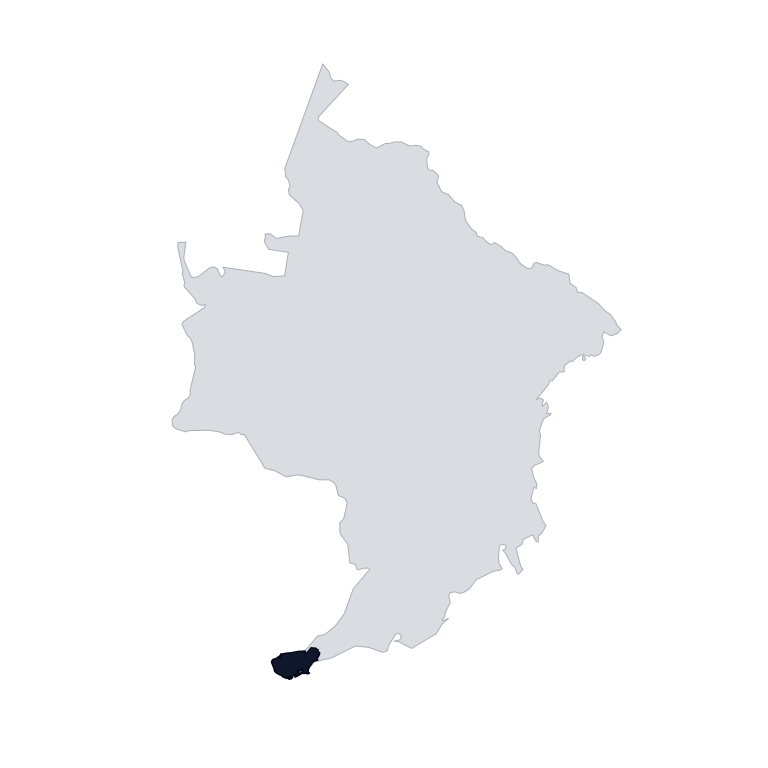 Uribia, La Guajira, Colombia (highlighted), rotated 189°
{"feature_id": "7082276B96062501211498", "entity_name": "Uribia", "entity_type": "district", "adm_level": 2, "iso_a3": "COL", "parent_name": "Colombia", "parent_adm1": "La Guajira", "projection": "orthographic", "projection_center": [-71.822, 11.991], "detail": "fine", "context": "in_parent", "style": "filled", "palette": "ink", "viewbox_px": 768, "rotation_deg": 189, "n_neighbors": 0, "source": "geoboundaries", "source_scale": "gbopen_adm2", "svg_char_len": 8640}
<svg xmlns="http://www.w3.org/2000/svg" viewBox="0 0 768 768"><g transform="rotate(189 384 384)"><path d="M444.0,99.8L436.1,103.1L420.8,107.1L410.2,124.6L402.9,127.6L394.0,137.9L387.4,150.7L382.3,176.8L369.0,198.9L370.1,199.8L375.4,198.9L380.3,196.5L382.1,197.2L383.9,201.1L389.9,202.1L394.7,220.0L403.8,229.2L404.8,232.7L406.0,240.1L402.7,244.6L401.7,261.0L404.6,265.0L411.5,266.7L416.0,276.9L418.9,279.2L423.1,280.8L433.1,279.2L451.3,280.9L455.6,280.6L465.8,277.0L478.7,281.3L488.2,282.0L514.3,312.5L516.9,311.6L520.2,313.4L526.7,310.2L532.4,309.6L539.8,311.0L549.6,310.9L569.2,307.5L572.1,305.7L582.9,307.3L586.1,309.5L587.7,315.2L586.5,318.8L582.8,322.4L580.7,327.1L580.4,332.6L578.4,336.8L575.0,339.5L573.7,343.4L574.5,348.5L572.7,371.6L574.2,373.5L575.4,382.9L580.0,395.2L582.2,398.6L586.1,401.4L593.1,411.5L591.5,414.9L573.7,431.0L572.9,434.6L576.3,433.1L581.8,434.5L583.7,438.3L596.9,449.1L596.8,453.3L600.6,461.5L599.9,463.3L609.1,486.7L609.5,491.6L601.8,493.1L601.5,477.4L600.4,474.2L591.7,460.3L589.9,459.2L584.2,460.9L574.6,471.4L570.1,473.0L566.5,471.6L562.9,465.5L560.5,464.4L558.2,469.6L561.2,474.2L518.7,474.6L510.4,472.8L499.1,475.2L499.0,499.0L519.1,499.1L524.6,505.9L524.1,511.4L525.0,513.4L520.1,514.6L513.1,510.9L500.7,515.4L491.5,516.6L490.9,542.7L496.4,549.2L507.1,556.0L508.7,560.8L507.9,565.2L510.5,570.8L514.0,573.8L514.0,577.1L515.8,580.8L494.6,690.4L487.1,683.8L484.4,677.9L480.7,675.4L473.7,677.3L466.1,674.3L490.7,637.2L489.9,633.9L469.4,624.9L467.2,622.6L457.4,617.8L452.1,619.2L449.0,621.6L441.5,622.4L435.5,618.4L428.3,615.9L419.7,622.1L417.1,622.1L411.0,624.8L404.4,625.8L395.9,623.0L389.0,624.9L384.1,624.5L382.3,622.5L376.2,620.3L375.5,617.7L377.2,613.2L374.6,604.1L373.6,602.6L368.9,602.4L363.5,599.1L362.4,597.1L363.5,593.4L362.5,590.3L357.2,583.0L349.8,581.0L342.7,574.9L335.6,572.7L332.3,568.3L329.2,558.5L321.8,550.8L316.6,548.1L314.9,544.5L309.6,544.0L302.4,539.0L299.2,538.6L297.0,540.9L290.3,538.4L284.6,534.6L278.7,533.6L274.9,531.2L267.9,524.1L260.4,520.5L256.0,521.7L254.6,526.9L252.1,527.8L243.4,526.3L242.0,527.4L239.7,527.1L229.1,523.0L218.7,521.4L216.0,512.5L209.3,509.2L207.3,505.0L202.7,505.3L184.8,496.9L177.5,491.1L171.2,487.9L164.6,481.4L163.6,478.9L158.5,475.1L161.1,470.5L167.2,467.1L175.1,470.0L176.1,464.6L173.3,459.6L174.7,448.7L176.8,446.3L181.1,444.2L183.9,445.1L185.6,443.3L192.1,444.2L194.1,443.5L199.1,439.2L201.2,435.7L203.5,436.1L208.8,430.3L208.0,424.3L212.9,423.1L218.2,413.5L220.5,413.2L221.7,408.6L231.0,392.7L227.6,394.5L224.1,393.3L224.6,387.8L223.6,387.2L220.6,391.3L218.0,387.0L218.8,380.1L214.6,381.3L214.8,379.7L220.9,374.6L223.4,362.7L221.5,358.4L220.4,340.4L219.4,337.0L214.5,332.4L222.3,327.4L225.1,323.6L221.7,315.6L217.2,308.8L217.1,304.8L219.8,305.2L221.0,294.1L218.5,289.8L215.3,289.6L205.3,273.0L201.8,269.5L204.6,261.6L207.7,258.2L207.1,252.2L209.2,252.5L213.5,258.1L215.3,257.3L222.2,252.2L222.5,247.4L228.0,242.5L220.5,225.4L217.9,222.7L221.1,217.4L222.9,217.7L225.9,223.1L230.6,226.6L237.6,236.2L240.7,238.3L238.5,240.4L238.0,242.6L239.0,243.9L243.0,244.3L244.7,241.7L243.7,230.2L242.1,224.4L238.4,220.3L239.6,218.6L246.9,216.0L262.2,205.3L267.5,195.1L271.5,191.5L276.0,189.1L281.5,189.8L285.7,188.5L287.1,185.3L284.4,178.1L287.7,168.4L287.6,163.4L289.7,160.5L289.0,159.3L283.5,162.7L289.2,155.9L293.3,145.5L315.4,127.2L329.6,131.8L334.1,131.6L328.2,133.8L327.3,136.5L329.3,139.3L331.5,140.2L333.4,138.4L338.2,127.6L339.0,121.6L341.1,119.6L344.1,118.9L358.1,121.5L371.3,120.7L392.9,105.3L409.2,98.8L413.2,92.4L414.3,87.6L417.2,85.8L420.3,85.8L422.2,83.2L429.6,79.0L437.6,78.6L446.1,82.2L450.0,88.5L450.6,92.9L444.0,99.8ZM192.4,442.3L191.3,443.1L189.4,441.6L188.8,439.7L190.0,438.4L191.5,438.9L192.4,442.3Z" fill="#d9dde1" stroke="#a8b0b8" stroke-width="1"/><path d="M420.0,108.4L420.3,107.8L421.7,107.6L425.0,106.8L426.4,106.6L433.4,104.1L438.1,102.9L441.9,101.6L441.5,101.5L441.5,101.0L441.8,100.9L442.2,100.9L442.2,101.0L442.5,101.1L442.3,101.0L442.5,100.8L442.4,100.6L442.5,100.6L442.6,100.8L442.8,100.7L443.1,100.7L443.3,100.5L443.2,100.5L443.2,100.3L443.5,100.2L443.5,100.4L443.6,100.5L443.6,100.4L443.8,100.9L443.9,99.9L444.1,99.7L444.3,99.1L444.7,98.8L444.8,98.2L445.1,97.8L444.9,97.7L444.7,97.8L444.2,98.3L443.8,98.3L443.5,98.1L443.6,97.9L443.8,97.9L443.7,97.6L444.3,97.8L444.3,97.7L444.5,97.7L444.3,97.6L444.2,97.4L444.3,97.3L444.6,97.5L444.9,97.7L445.1,97.8L445.1,98.0L445.4,98.1L445.9,97.8L445.9,97.6L446.4,97.0L447.0,96.4L447.3,96.4L447.7,96.0L447.8,96.0L448.7,95.3L449.1,95.4L449.3,95.0L449.5,95.1L449.7,94.9L449.9,94.9L450.1,94.7L450.4,94.7L450.7,94.5L451.2,93.7L451.3,93.4L451.5,92.8L451.4,92.1L451.4,91.5L451.4,91.2L450.0,89.1L449.3,87.8L448.7,86.8L448.3,86.1L447.6,85.0L447.4,84.5L447.4,83.9L447.5,83.8L447.3,83.5L447.1,83.4L446.7,82.9L446.2,82.8L446.2,82.5L445.8,82.2L444.6,81.5L444.2,81.4L444.2,81.6L443.9,81.7L442.8,81.0L442.6,81.0L441.6,80.6L441.1,80.5L441.0,80.4L440.5,80.5L440.0,80.3L439.8,80.5L439.7,80.5L439.2,80.0L438.9,79.5L438.6,79.5L438.2,79.1L437.0,78.7L436.5,78.4L436.3,78.5L435.9,78.3L435.5,78.3L435.5,78.5L435.4,78.5L434.7,78.1L434.6,78.4L433.7,78.3L433.4,78.4L433.1,78.3L432.9,78.3L432.0,77.7L431.2,77.6L430.7,77.8L430.4,78.1L429.4,78.4L429.0,78.8L428.8,79.3L428.9,79.5L429.0,79.5L429.7,79.1L429.9,79.0L430.1,78.5L430.4,78.4L430.7,78.2L430.7,78.4L430.2,78.9L430.1,79.0L430.8,79.0L431.2,78.6L431.1,78.8L431.3,78.8L431.6,78.5L431.9,78.5L432.1,78.7L431.7,78.8L432.0,78.9L431.6,79.0L431.4,79.1L431.3,79.4L431.0,79.5L431.4,79.6L431.7,79.6L431.7,79.4L432.4,79.3L432.5,79.2L432.7,79.3L432.8,79.5L432.3,79.7L432.2,79.6L431.9,79.7L431.7,79.9L431.4,79.9L431.1,80.2L430.3,80.1L430.5,80.2L430.1,80.5L430.5,80.6L430.7,80.8L430.4,81.1L430.2,81.2L430.4,81.0L430.0,80.7L429.9,80.7L429.8,80.8L429.9,80.7L429.8,80.9L429.6,80.8L429.5,80.6L429.3,80.9L429.2,80.3L429.7,80.0L429.6,79.9L429.6,79.7L429.5,79.4L429.6,79.5L429.5,79.3L429.1,79.4L429.1,79.8L428.9,80.0L428.2,80.4L427.9,80.5L428.1,80.5L428.5,80.6L428.8,80.8L428.8,81.3L428.6,81.8L427.9,82.4L427.5,82.4L427.0,82.4L426.7,82.4L426.5,82.8L426.6,83.0L426.4,83.3L425.9,83.2L425.5,82.9L425.2,82.5L425.1,82.0L425.1,81.8L425.3,81.8L425.6,81.5L426.0,81.3L426.3,81.0L426.2,80.9L425.7,80.8L425.6,81.2L425.2,81.4L425.0,81.6L424.7,81.6L424.4,81.4L423.4,82.5L422.9,82.8L421.9,83.6L421.4,84.2L420.9,84.5L421.0,84.6L421.0,84.8L421.3,85.0L421.2,84.6L421.4,84.4L421.7,84.5L422.2,84.4L422.4,84.6L422.5,84.5L422.4,84.4L422.6,84.4L422.9,84.3L423.2,84.4L423.4,84.7L423.2,84.9L423.3,85.1L423.2,85.3L423.4,85.5L423.6,85.2L424.0,85.5L423.7,85.6L423.8,85.8L423.6,85.9L423.8,86.2L424.0,86.2L423.9,86.3L424.3,86.6L424.2,86.6L424.3,86.9L424.3,87.0L424.2,87.1L424.1,86.9L424.1,87.0L424.3,87.4L424.0,87.6L423.9,87.6L423.6,87.4L423.5,87.5L423.3,87.5L423.4,87.4L423.2,87.3L423.3,87.5L423.1,87.4L422.9,87.4L422.9,87.6L422.5,87.7L422.4,87.9L422.0,87.8L422.0,88.1L422.2,88.5L421.8,88.8L421.8,89.0L421.6,89.0L421.6,88.8L421.3,88.7L421.4,88.9L421.5,88.9L421.5,89.0L421.3,89.0L421.4,88.9L421.2,89.0L421.1,88.9L420.6,89.1L420.5,88.9L420.6,88.7L420.7,88.4L420.6,88.5L420.7,88.2L420.6,88.3L420.5,88.5L420.4,88.5L420.5,88.5L420.3,88.6L420.4,88.8L420.5,88.7L420.4,88.9L420.5,89.2L420.2,88.8L420.1,89.1L419.7,89.2L420.0,88.3L419.9,88.1L419.9,87.9L419.7,87.9L419.7,88.0L419.7,87.8L419.2,87.7L419.4,87.6L419.5,87.3L419.4,87.2L419.6,87.4L419.7,86.8L420.0,86.6L420.3,86.5L420.4,86.2L420.5,86.2L420.6,85.8L420.7,85.7L420.8,85.4L420.7,85.2L420.7,85.3L420.7,85.1L420.3,85.1L418.9,85.6L418.1,85.6L417.3,85.8L416.4,86.0L416.2,86.1L415.6,86.0L414.6,85.8L414.0,85.8L414.0,86.0L413.6,86.0L413.2,86.3L412.7,86.6L412.8,86.7L412.7,87.0L412.9,87.0L413.6,87.0L413.8,87.2L414.0,88.2L414.0,88.7L414.1,88.8L414.0,89.1L414.1,89.5L414.1,90.2L414.2,90.6L414.1,91.0L413.7,92.0L413.5,92.9L412.7,94.1L412.5,94.8L412.0,95.5L411.4,97.2L411.1,97.9L410.3,98.7L410.7,98.7L411.0,98.4L411.0,98.7L410.6,98.9L410.3,99.2L410.1,99.1L410.3,98.7L410.2,98.7L409.2,99.4L408.5,99.9L407.7,100.2L407.4,100.5L406.9,100.6L406.7,100.9L406.3,101.0L406.5,101.6L406.8,102.2L407.0,102.5L407.2,103.1L407.0,103.4L406.6,103.6L406.6,103.8L406.7,104.0L406.6,104.3L406.4,104.6L406.4,104.8L406.3,105.0L406.1,104.9L406.0,105.2L405.8,105.4L405.7,105.9L405.8,106.4L406.0,106.5L406.0,106.9L405.6,106.9L405.5,107.1L405.6,107.3L405.4,107.5L405.5,108.2L405.7,108.7L406.0,108.9L406.4,108.9L406.8,109.1L407.3,109.5L407.4,109.8L407.6,110.0L407.6,111.2L407.9,111.2L408.5,111.3L409.5,112.2L410.7,112.3L410.8,112.4L411.1,112.4L411.5,112.3L412.7,112.1L413.2,112.1L413.4,111.9L413.7,111.9L414.1,112.2L414.7,112.0L417.8,106.9L418.5,106.1L419.5,106.0L419.7,106.7L420.0,106.8L420.1,107.0L420.0,107.4L420.1,107.7L420.0,108.0L420.0,108.4Z" fill="#0f172a" stroke="#020617" stroke-width="1.5"/></g></svg>